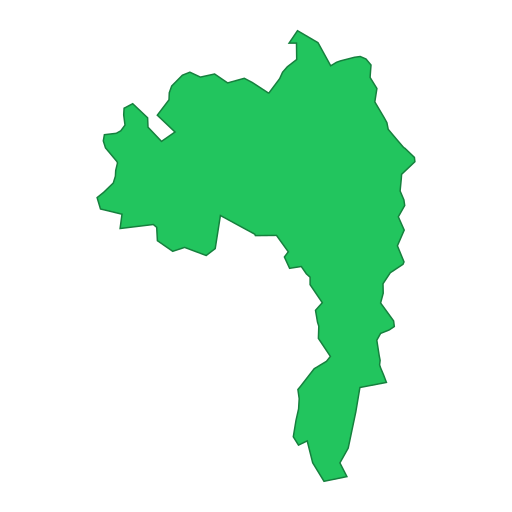 outline of Abak, Akwa Ibom, Nigeria
{"feature_id": "59680162B70631413452384", "entity_name": "Abak", "entity_type": "district", "adm_level": 2, "iso_a3": "NGA", "parent_name": "Nigeria", "parent_adm1": "Akwa Ibom", "projection": "mercator", "projection_center": [7.771, 4.989], "detail": "fine", "context": "isolated", "style": "filled", "palette": "green", "viewbox_px": 512, "rotation_deg": 0, "n_neighbors": 0, "source": "geoboundaries", "source_scale": "gbopen_adm2", "svg_char_len": 1673}
<svg xmlns="http://www.w3.org/2000/svg" viewBox="0 0 512 512"><path d="M103.3,140.9L105.5,147.9L116.9,161.5L117.5,162.9L115.7,170.5L115.4,176.2L113.3,183.0L103.8,192.2L97.1,197.6L100.5,209.0L122.0,214.2L120.1,228.5L153.3,224.5L156.7,227.3L157.4,240.7L172.7,251.3L184.6,247.4L206.2,255.5L215.2,248.6L220.4,215.5L254.8,234.2L255.4,235.6L276.5,235.4L288.3,251.8L284.4,257.0L289.6,268.3L301.3,266.5L306.4,273.9L310.1,277.2L310.1,284.7L322.3,302.7L315.5,310.3L317.5,322.1L318.8,326.2L318.4,338.4L330.4,356.4L326.5,361.3L314.2,368.7L300.3,386.6L297.9,389.5L299.2,398.7L298.6,408.9L296.0,420.4L293.3,436.8L298.5,445.1L307.2,440.9L312.7,462.8L324.0,481.3L346.9,476.6L339.9,462.9L348.2,448.1L355.8,411.9L359.9,387.5L386.4,382.4L383.6,375.0L380.6,367.9L379.6,364.9L380.1,360.3L379.2,355.7L376.8,340.2L380.6,333.4L389.3,329.9L394.3,326.5L393.6,320.9L380.6,303.0L383.2,293.2L383.0,283.7L390.3,272.7L403.0,264.3L404.0,261.9L397.4,245.8L404.2,230.1L398.3,216.8L404.7,205.5L403.9,199.9L400.1,191.0L401.3,178.5L401.6,174.3L414.9,161.7L414.4,157.4L404.8,148.2L404.4,148.1L403.0,146.8L396.0,138.6L388.2,129.3L386.9,122.7L384.1,117.6L374.8,101.9L376.9,88.5L370.1,77.5L370.2,75.7L371.0,65.0L366.0,59.0L360.2,56.5L354.4,57.3L340.4,60.9L336.5,62.3L330.7,65.8L318.0,42.7L297.5,30.7L289.1,43.1L296.5,43.1L296.7,59.5L287.3,66.8L282.6,72.2L279.7,78.6L269.0,92.9L268.2,92.9L252.6,82.7L244.3,78.3L227.6,82.9L214.6,74.0L200.4,77.1L189.9,72.2L182.4,75.2L171.7,86.0L169.3,92.7L169.0,99.8L157.3,115.2L175.0,132.0L161.5,141.4L148.0,127.2L147.6,117.8L132.7,103.7L124.1,108.2L123.7,114.9L125.0,125.1L120.8,130.8L116.3,133.3L104.4,134.7L103.3,140.9Z" fill="#22c55e" stroke="#15803d" stroke-width="1.5"/></svg>